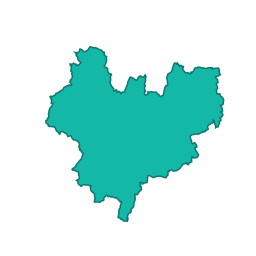 Loikaw, Kayah, Myanmar, rotated 201°
{"feature_id": "60261553B25125997749826", "entity_name": "Loikaw", "entity_type": "district", "adm_level": 2, "iso_a3": "MMR", "parent_name": "Myanmar", "parent_adm1": "Kayah", "projection": "robinson", "projection_center": [97.339, 19.508], "detail": "fine", "context": "isolated", "style": "filled", "palette": "teal", "viewbox_px": 256, "rotation_deg": 201, "n_neighbors": 0, "source": "geoboundaries", "source_scale": "gbopen_adm2", "svg_char_len": 5839}
<svg xmlns="http://www.w3.org/2000/svg" viewBox="0 0 256 256"><g transform="rotate(201 128 128)"><path d="M204.5,179.6L203.2,178.8L202.4,178.7L202.6,177.6L202.2,176.9L200.8,176.7L200.0,175.0L198.4,173.3L195.4,172.2L196.9,168.6L197.5,168.8L198.7,167.9L199.6,169.0L200.9,168.6L202.1,169.0L203.0,167.3L205.0,167.1L204.4,165.6L203.7,165.8L202.9,165.5L202.7,164.1L202.0,162.8L202.2,162.1L201.7,160.6L200.9,160.6L200.0,159.7L200.0,159.2L200.3,158.7L198.2,156.3L198.4,155.7L198.1,153.0L198.9,152.4L198.7,151.6L199.0,150.8L198.7,150.1L196.4,148.7L196.0,148.2L196.1,147.4L198.3,147.1L199.2,146.0L200.5,145.1L200.5,144.6L201.9,143.4L202.5,142.3L202.4,141.1L202.8,140.0L204.2,138.8L204.6,137.4L205.3,137.0L205.2,136.6L206.1,135.7L207.6,134.6L207.5,133.8L208.0,132.6L210.1,130.2L211.8,129.8L212.0,129.3L210.8,128.2L210.0,127.9L209.9,126.9L209.1,126.5L208.6,123.7L206.9,124.1L207.0,121.2L208.1,117.9L207.8,117.1L208.0,115.9L207.3,114.1L207.5,113.0L205.7,109.7L206.6,108.2L206.2,106.8L207.3,105.4L206.3,103.3L204.1,102.9L203.3,101.6L202.2,101.2L200.6,101.8L198.4,102.2L197.5,102.9L195.4,101.5L194.2,100.0L192.5,99.1L191.2,99.0L190.7,98.3L189.7,97.7L189.3,98.1L189.7,99.1L189.7,100.1L189.2,100.8L187.0,101.2L185.1,100.7L183.3,100.7L181.3,98.6L180.7,98.7L179.3,100.1L178.5,100.2L176.1,98.0L175.5,98.0L174.6,97.3L173.6,97.8L170.7,97.8L170.8,97.6L169.9,97.5L169.3,96.9L168.8,96.9L167.5,95.6L167.2,94.5L167.4,93.2L166.6,92.1L165.3,91.5L165.2,90.9L165.5,90.3L164.1,89.7L163.3,89.9L162.5,88.7L161.0,88.4L160.6,87.4L160.7,85.2L160.4,84.1L160.7,81.8L161.5,80.1L163.0,75.6L163.3,72.7L164.7,70.9L165.4,69.6L165.3,69.2L164.0,68.8L162.8,69.3L158.3,69.1L157.4,66.5L156.1,65.3L155.3,63.3L157.3,60.6L156.2,60.5L154.9,58.6L153.6,57.5L152.3,57.5L151.1,56.7L150.8,56.7L149.5,59.1L147.1,59.6L145.2,60.4L142.7,60.5L141.9,60.8L142.0,59.2L140.3,56.5L139.0,55.5L136.6,55.0L135.2,53.9L134.6,51.8L133.2,50.2L133.4,49.3L132.9,46.9L132.1,47.0L130.3,48.0L127.5,48.6L126.9,50.3L125.0,51.4L124.8,52.3L125.3,53.0L125.4,54.3L124.1,57.5L121.8,56.8L120.6,57.7L118.9,57.5L118.1,58.2L115.4,58.1L114.2,58.7L113.8,58.4L113.0,58.6L111.2,57.4L109.3,56.9L109.1,56.2L108.6,56.1L108.0,56.8L107.2,55.7L107.4,53.2L107.1,51.8L106.5,50.7L107.1,49.6L106.9,47.0L106.3,46.8L106.1,46.1L106.1,44.4L105.4,42.8L105.2,40.9L102.4,40.9L102.2,40.3L100.3,40.4L98.9,39.6L96.3,40.6L95.5,40.4L95.1,41.4L96.3,43.1L95.5,43.3L96.7,45.0L97.0,47.0L96.7,48.3L95.2,50.2L95.3,52.0L95.9,52.3L96.1,52.8L94.5,56.5L95.8,60.8L95.6,61.4L95.6,63.4L96.5,65.9L97.4,67.0L97.8,68.8L96.8,68.6L95.4,69.2L94.9,72.1L93.4,75.3L94.8,78.2L95.8,78.0L96.3,78.7L95.9,80.1L97.4,81.0L95.7,82.2L94.2,81.0L93.6,82.0L90.6,84.1L92.5,90.6L90.4,91.4L87.1,90.7L85.7,91.4L83.9,93.1L82.0,94.1L80.2,94.7L74.8,95.0L74.4,97.2L73.8,98.1L75.0,101.6L74.8,102.4L74.1,102.1L74.0,103.0L73.3,104.1L71.8,104.3L70.1,104.0L67.4,105.6L66.1,107.1L65.1,108.9L63.7,113.8L60.7,116.4L59.9,115.3L58.5,115.5L58.1,117.7L56.4,119.3L57.4,121.5L57.6,123.3L58.0,123.8L56.9,124.2L55.8,123.6L53.3,125.0L52.6,126.3L52.4,128.0L54.9,130.2L56.1,130.8L58.2,133.0L58.0,134.3L57.0,134.6L57.1,135.3L58.0,136.6L60.5,138.2L62.2,136.5L63.5,137.2L64.0,138.7L65.5,140.1L67.0,142.7L66.0,144.5L61.4,147.3L60.1,147.3L58.5,149.4L57.2,150.4L57.0,151.2L56.4,151.1L55.3,152.3L54.8,152.2L54.7,153.8L53.9,153.8L53.5,154.9L52.7,155.7L54.0,157.4L54.4,158.8L52.7,160.9L52.1,162.2L51.4,162.4L50.9,163.1L50.7,164.7L51.3,165.8L50.2,165.6L49.2,163.5L47.1,161.7L46.3,159.7L45.9,160.4L44.4,161.3L44.3,165.2L45.2,167.1L44.1,167.8L44.1,168.9L45.8,170.2L45.7,170.9L44.7,171.3L44.0,173.9L45.2,175.7L47.1,176.2L45.8,177.7L47.4,180.4L49.5,181.8L49.8,182.3L48.0,183.4L47.7,184.9L48.3,186.0L48.6,188.3L49.8,189.6L51.3,190.6L52.4,190.5L54.5,192.8L57.0,191.7L59.3,195.3L58.5,197.1L59.7,199.0L60.8,199.8L61.4,200.7L60.2,203.0L61.2,203.9L61.7,205.3L63.7,206.0L64.5,207.1L62.4,208.8L61.4,210.5L60.8,210.9L62.3,212.0L63.2,213.5L63.3,214.5L64.9,216.4L68.8,214.6L70.4,213.4L71.0,214.5L74.5,213.0L76.8,211.4L80.0,210.9L81.0,210.2L82.3,210.6L84.7,209.8L85.1,209.0L86.8,208.2L87.1,207.3L87.4,203.7L88.3,203.3L88.1,202.3L89.1,202.5L88.7,201.3L89.4,201.1L89.5,201.5L90.2,200.9L92.1,201.1L92.6,200.5L94.2,200.3L95.6,200.9L98.0,202.5L98.3,203.5L97.9,204.7L98.5,205.3L99.2,204.6L100.4,205.4L101.7,205.2L102.1,204.0L102.8,204.9L104.9,206.1L104.7,205.5L105.0,205.0L106.2,205.7L107.5,205.5L107.9,205.1L108.1,203.4L107.8,201.8L108.1,200.3L107.4,199.1L107.7,197.8L107.5,196.4L109.1,193.5L109.8,193.3L110.1,191.9L109.8,188.7L108.1,186.1L106.2,181.9L107.7,181.2L107.9,180.4L108.1,178.6L107.2,173.0L106.7,171.9L106.9,171.0L108.0,170.3L108.2,169.1L110.5,169.4L111.2,170.4L112.9,170.4L114.3,171.6L117.7,170.4L119.3,170.3L120.8,169.0L121.9,169.1L122.6,168.5L121.9,168.0L121.4,167.1L123.4,164.7L124.8,166.0L124.8,165.7L125.2,167.0L125.0,168.8L126.8,170.7L127.2,174.0L128.2,174.4L128.6,175.7L128.4,177.2L128.8,178.0L128.6,178.7L130.0,181.8L129.5,182.4L131.0,183.7L131.6,181.0L133.3,180.7L134.7,181.2L135.9,180.4L136.4,179.3L136.8,176.0L137.2,175.6L139.2,175.6L140.6,176.3L143.7,176.5L144.3,175.8L144.6,171.1L144.1,168.8L144.4,162.3L144.2,160.4L146.2,159.4L146.3,158.0L146.8,157.7L147.1,158.4L147.6,158.2L148.0,158.6L148.9,158.6L149.6,159.0L151.0,157.5L152.2,159.4L152.6,159.5L154.4,157.3L155.2,158.3L155.3,159.5L155.6,159.8L157.5,160.6L160.3,163.0L161.0,164.3L161.5,164.4L161.3,166.0L161.7,167.5L162.8,169.6L162.9,170.4L162.4,171.5L162.8,172.2L163.4,172.3L164.8,171.7L165.0,172.1L166.6,172.9L167.4,174.4L168.1,175.1L168.3,176.3L169.3,176.6L169.8,176.5L170.0,176.7L171.1,176.5L172.3,177.1L171.9,180.8L172.4,183.9L173.4,185.9L173.6,187.1L174.6,186.9L176.0,187.6L176.9,188.5L176.7,188.9L177.2,190.2L178.3,189.8L180.3,191.0L183.5,191.0L185.4,191.4L187.9,191.1L189.2,190.5L192.5,190.3L193.6,185.9L195.6,183.6L196.2,183.5L199.2,184.5L201.1,184.6L201.1,183.4L200.7,182.1L202.6,179.8L204.5,179.6Z" fill="#14b8a6" stroke="#0f766e" stroke-width="1.5"/></g></svg>